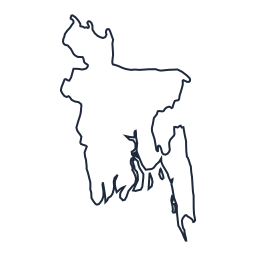 the border of Bangladesh
{"feature_id": "BGD", "entity_name": "Bangladesh", "entity_type": "country or territory", "adm_level": 0, "iso_a3": "BGD", "parent_name": "Asia", "parent_adm1": "", "projection": "equal_earth", "projection_center": [90.497, 23.681], "detail": "fine", "context": "isolated", "style": "outline", "palette": "slate", "viewbox_px": 256, "rotation_deg": 0, "n_neighbors": 0, "source": "natural_earth", "source_scale": "50m", "svg_char_len": 4520}
<svg xmlns="http://www.w3.org/2000/svg" viewBox="0 0 256 256"><path d="M90.3,189.4L90.4,185.8L90.3,182.3L88.0,173.0L86.5,168.3L86.7,166.8L86.6,166.1L86.0,160.0L85.0,156.3L84.6,152.3L86.8,146.6L85.9,145.7L83.3,144.9L80.9,143.9L80.3,142.5L81.4,136.9L80.2,134.7L78.4,132.4L77.8,131.5L77.2,130.4L76.4,127.6L78.1,121.7L80.3,114.8L80.8,112.2L81.2,107.7L81.4,105.9L81.1,104.2L78.7,102.2L74.6,101.4L71.6,99.8L69.9,97.3L68.5,96.2L66.7,97.0L64.4,96.0L62.4,93.5L60.9,90.5L61.1,89.1L61.5,87.2L64.6,79.4L65.7,79.1L68.3,80.6L69.3,80.6L71.1,77.5L73.5,68.8L76.9,68.8L79.9,69.1L81.9,69.5L84.0,69.2L86.1,68.5L87.2,67.4L87.9,66.0L87.7,64.8L85.1,63.1L84.1,61.9L83.4,58.4L82.6,57.1L77.6,56.9L74.9,55.3L73.5,53.8L70.9,49.0L67.8,45.5L64.8,44.7L63.6,43.5L63.0,41.7L63.3,39.1L64.3,36.7L64.9,34.0L67.4,30.5L70.2,27.5L71.5,25.4L73.3,23.1L73.6,21.9L73.2,20.5L71.8,19.2L70.8,18.8L70.6,17.9L71.4,15.6L72.7,15.4L75.6,17.4L78.5,20.8L80.3,23.8L80.3,26.1L81.4,26.5L82.6,26.6L84.5,27.7L86.5,27.3L87.7,27.9L88.6,27.7L88.9,26.4L88.0,24.4L87.3,22.9L88.1,21.5L89.0,21.2L90.0,21.6L91.4,22.9L92.4,25.5L92.5,29.6L94.8,33.3L97.7,35.9L100.1,37.1L102.9,38.0L105.2,37.2L106.5,34.6L105.9,32.3L106.3,30.2L107.3,29.1L108.8,29.1L109.9,30.8L113.1,39.6L112.4,43.6L113.1,54.4L112.3,61.5L112.4,63.0L112.8,64.2L113.4,64.7L114.3,64.7L118.3,66.0L121.6,67.5L125.4,68.9L130.9,69.9L134.2,69.6L135.9,69.6L139.3,69.9L148.2,69.3L155.6,69.2L158.6,70.2L161.0,70.6L169.2,69.8L177.5,69.5L182.0,71.8L186.9,75.5L189.6,78.2L190.1,79.8L189.8,81.2L188.9,81.9L187.2,81.9L183.4,80.1L182.7,80.7L182.8,84.3L182.7,84.9L181.9,88.2L179.6,95.7L179.1,99.0L178.6,99.9L178.0,100.3L176.2,100.5L174.8,101.0L174.2,102.2L173.3,104.8L172.6,107.3L171.7,108.1L169.6,106.7L168.3,106.9L166.6,107.5L164.9,109.0L163.8,110.8L162.5,111.4L158.6,111.0L157.8,111.3L157.3,112.5L156.9,114.2L153.9,118.0L152.8,124.1L151.9,128.1L152.0,131.2L154.6,139.3L156.4,149.8L157.1,150.9L157.7,151.2L158.0,151.0L157.9,148.8L158.0,146.2L158.9,145.6L159.9,146.1L161.0,148.4L162.1,152.6L163.4,154.2L165.3,154.7L167.5,153.7L169.1,151.8L169.8,149.8L169.3,145.7L169.2,142.7L170.2,139.8L174.0,135.5L174.5,134.2L174.2,130.6L174.2,127.1L175.6,126.9L177.6,127.5L180.0,125.8L180.7,125.7L181.7,127.5L183.4,127.2L184.7,134.7L186.1,141.3L186.1,144.4L186.3,151.2L186.9,156.7L187.9,157.9L189.0,160.9L190.0,164.3L190.8,166.2L191.3,172.5L192.0,177.0L192.9,191.2L193.3,193.9L193.6,195.4L193.7,208.4L194.0,214.0L194.9,218.6L195.1,220.3L194.2,221.7L193.3,222.0L192.4,219.8L190.5,218.1L187.5,216.3L186.3,215.1L184.8,215.6L182.7,218.3L181.9,220.8L182.3,224.4L183.0,227.9L184.4,230.0L184.5,232.2L185.1,235.1L185.8,237.7L186.2,240.6L185.7,240.6L184.0,237.0L182.4,233.0L178.3,225.5L176.9,212.1L176.8,205.4L174.0,197.7L172.1,186.9L171.4,184.1L172.3,180.6L172.5,179.3L172.0,179.6L170.6,181.4L168.7,177.1L167.5,173.3L162.7,165.3L161.3,161.8L161.2,158.4L159.2,161.8L156.4,164.3L153.6,167.9L151.7,169.0L145.7,169.7L142.2,164.8L137.2,152.9L136.5,150.2L137.2,143.2L136.0,136.6L136.0,133.2L135.7,130.8L134.8,131.3L134.4,132.9L134.6,135.4L134.3,137.4L130.0,137.0L125.9,136.1L129.5,139.6L133.3,140.4L135.3,143.5L135.5,145.9L135.4,148.7L133.5,150.6L131.7,151.8L132.0,154.4L134.2,157.6L131.5,158.5L130.8,160.6L130.8,163.6L132.1,166.2L132.6,168.2L132.3,170.0L133.6,171.9L135.4,176.0L136.0,178.9L135.3,182.9L134.2,184.5L132.5,186.1L128.4,191.2L126.4,197.0L124.8,199.8L122.7,200.3L121.8,199.1L120.1,197.5L120.1,194.6L120.6,192.4L124.2,186.9L122.2,187.7L120.0,189.2L116.7,192.2L115.6,188.5L114.9,185.1L114.9,181.0L117.6,174.8L114.6,177.9L113.7,181.7L114.1,186.3L113.7,189.5L112.5,193.7L110.9,196.2L108.3,197.9L107.1,200.4L105.4,202.2L105.3,198.5L104.8,193.7L102.9,182.3L102.5,184.7L103.5,191.8L103.4,196.4L102.0,200.1L99.1,204.0L96.9,204.6L95.6,204.0L93.6,201.5L91.5,198.1L91.2,192.5L90.3,189.4ZM140.8,189.6L135.7,190.9L133.1,190.5L137.9,180.2L137.8,175.6L137.0,171.9L134.5,168.9L134.4,166.7L133.3,163.8L132.7,160.3L135.5,159.2L137.7,161.2L138.0,162.3L138.5,165.1L139.6,168.0L143.4,174.1L143.3,177.8L142.3,186.8L140.8,189.6ZM151.7,186.2L148.6,188.9L149.6,172.7L151.9,178.7L152.5,182.0L151.7,186.2ZM163.5,178.1L162.2,179.2L160.9,178.2L159.3,174.4L160.1,169.6L160.6,168.9L161.4,170.5L162.5,173.8L163.3,176.4L163.5,178.1ZM175.1,212.4L173.3,212.6L172.5,211.4L172.9,209.8L172.4,204.5L173.9,203.9L174.6,204.0L175.1,205.5L175.5,208.4L175.1,212.4ZM172.9,199.7L171.8,202.9L171.3,200.5L171.7,197.6L172.2,195.9L172.5,196.0L173.1,197.6L172.9,199.7ZM136.8,155.4L137.3,157.0L135.7,156.0L134.5,154.9L133.7,153.3L135.0,152.5L136.8,155.4Z" fill="none" stroke="#1e293b" stroke-width="2"/></svg>